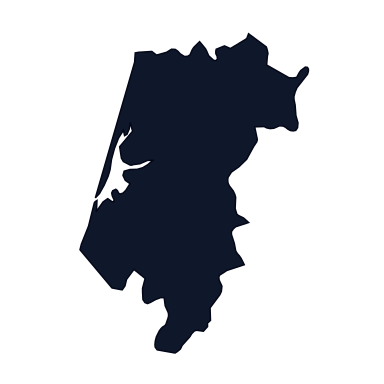 map outline of Aveiro (orthographic projection), rotated 4°
{"feature_id": "PRT-739", "entity_name": "Aveiro", "entity_type": "District", "adm_level": 1, "iso_a3": "PRT", "parent_name": "Portugal", "parent_adm1": "", "projection": "orthographic", "projection_center": [-8.444, 40.685], "detail": "fine", "context": "isolated", "style": "filled", "palette": "ink", "viewbox_px": 384, "rotation_deg": 4, "n_neighbors": 0, "source": "natural_earth", "source_scale": "10m", "svg_char_len": 2562}
<svg xmlns="http://www.w3.org/2000/svg" viewBox="0 0 384 384"><g transform="rotate(4 192 192)"><path d="M84.3,257.4L85.3,251.7L91.2,233.2L95.3,209.6L96.1,208.3L97.8,207.1L98.0,215.7L97.8,218.4L104.0,208.1L108.4,204.5L112.8,207.2L114.7,207.2L114.7,204.6L113.9,203.6L112.7,201.3L112.0,198.6L112.8,196.3L115.8,194.6L117.5,195.8L118.7,198.0L120.2,199.1L123.3,197.9L125.9,194.9L129.6,188.0L124.7,185.1L122.0,180.3L122.9,175.9L128.6,173.9L135.7,173.2L141.2,171.2L146.0,167.8L150.8,163.2L145.7,163.5L137.9,167.5L131.4,168.8L130.2,169.4L128.5,169.5L121.4,166.4L119.2,163.1L116.7,151.9L128.5,135.5L125.5,126.9L125.0,133.5L123.1,139.0L120.8,140.5L119.3,135.2L114.9,143.4L111.6,154.0L109.4,165.2L108.7,175.4L107.3,181.9L103.9,191.3L99.8,200.0L96.0,204.6L125.7,66.5L125.7,57.2L125.8,57.2L128.7,56.4L142.1,54.6L147.1,57.9L156.9,54.4L161.6,51.0L165.3,50.9L168.0,52.5L170.6,55.0L174.9,57.3L178.0,57.0L180.4,55.4L182.4,49.9L183.7,47.6L189.1,41.5L195.4,48.1L196.8,50.4L199.1,54.9L204.5,59.2L207.0,59.2L208.1,57.4L207.6,54.8L206.2,52.5L205.9,50.0L206.2,47.9L214.2,44.0L220.3,46.2L235.1,35.8L236.1,34.6L237.4,30.2L256.0,42.1L257.0,44.6L258.1,48.5L257.7,51.3L257.6,60.1L280.7,71.2L284.4,71.2L288.4,70.4L290.6,65.6L291.4,64.2L292.2,63.1L296.3,59.5L298.4,59.6L299.5,61.1L299.7,62.8L299.6,63.8L299.5,64.4L299.0,66.5L289.4,80.7L287.9,85.1L287.0,89.8L287.3,92.6L288.8,98.0L290.3,108.4L292.9,115.7L292.8,120.5L291.2,123.3L288.6,124.0L285.8,123.8L283.2,122.6L280.8,120.9L278.2,119.8L274.6,119.9L269.2,122.7L265.5,123.3L261.9,122.8L259.5,121.7L250.0,122.6L253.5,135.1L253.1,137.4L250.4,142.1L244.2,155.6L237.0,163.6L229.9,169.4L227.0,174.7L226.8,176.4L226.9,178.3L227.4,180.8L228.8,183.3L233.0,188.0L234.9,191.4L235.9,194.2L236.2,205.6L238.3,211.0L239.8,212.1L245.4,214.4L250.6,218.5L238.0,223.6L235.9,225.7L234.1,228.7L234.3,231.6L237.8,240.4L239.7,247.7L241.5,250.3L243.6,252.3L245.6,254.8L249.2,260.9L232.3,267.8L225.1,273.2L224.7,275.5L225.3,278.2L228.4,283.8L228.2,289.2L226.9,292.6L218.1,306.3L219.4,318.8L216.6,321.7L216.9,325.2L213.1,330.1L206.4,329.6L204.2,330.3L201.6,333.3L199.9,336.6L192.9,345.6L191.4,349.4L188.6,352.1L186.3,353.8L168.3,351.9L166.1,349.3L165.7,346.9L165.8,343.2L166.6,338.9L169.1,332.8L170.8,330.2L172.4,328.5L173.4,327.9L174.7,326.7L175.3,325.5L176.9,319.5L177.3,317.0L176.8,314.1L173.2,307.4L171.6,299.3L168.0,299.6L163.2,301.8L158.1,305.1L155.4,306.4L152.8,305.6L150.6,302.8L149.7,295.5L149.4,291.5L151.3,281.5L139.5,273.3L132.8,283.7L131.7,290.3L129.2,294.5L118.9,293.3L85.0,258.2L84.3,257.4Z" fill="#0f172a" stroke="#020617" stroke-width="1.5"/></g></svg>